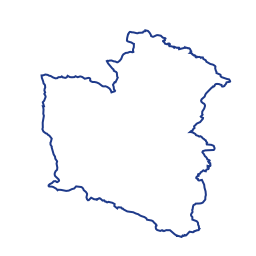 Ankazoabo, Atsimo-Andrefana, Madagascar (Equal Earth projection), rotated 279°
{"feature_id": "10022922B67140219559440", "entity_name": "Ankazoabo", "entity_type": "district", "adm_level": 2, "iso_a3": "MDG", "parent_name": "Madagascar", "parent_adm1": "Atsimo-Andrefana", "projection": "equal_earth", "projection_center": [44.688, -22.132], "detail": "fine", "context": "isolated", "style": "outline", "palette": "blue", "viewbox_px": 256, "rotation_deg": 279, "n_neighbors": 0, "source": "geoboundaries", "source_scale": "gbopen_adm2", "svg_char_len": 5865}
<svg xmlns="http://www.w3.org/2000/svg" viewBox="0 0 256 256"><g transform="rotate(279 128 128)"><path d="M220.7,113.4L216.7,113.1L214.5,113.2L213.8,113.6L213.4,114.7L213.0,118.0L212.1,119.9L212.0,120.7L208.6,121.1L206.7,120.7L205.3,120.8L204.4,121.3L203.9,121.4L203.5,120.5L203.6,118.7L203.4,117.7L202.3,116.0L201.8,114.0L200.0,111.9L198.6,111.2L195.2,110.5L193.0,109.2L191.3,107.5L191.2,106.7L191.7,105.0L191.6,103.6L192.1,101.2L191.7,99.3L191.1,98.0L191.2,97.1L190.8,96.6L188.7,98.2L184.4,103.1L183.5,104.6L182.3,105.0L181.5,107.5L180.8,108.3L177.0,109.3L176.2,110.0L171.2,108.5L171.2,107.6L168.3,106.4L166.5,107.4L164.2,108.0L162.7,109.4L162.2,109.2L160.6,106.1L162.5,105.1L164.2,103.5L164.7,102.2L165.2,101.5L165.7,99.2L165.3,97.7L165.3,96.3L167.5,92.2L168.1,89.9L168.2,87.9L167.9,85.8L168.2,84.4L168.9,83.2L170.6,83.0L171.0,82.7L171.3,82.0L171.3,81.0L169.9,77.6L171.2,74.9L171.5,73.1L171.4,72.5L170.3,70.4L170.9,68.0L169.9,67.1L169.3,64.6L169.2,62.6L170.1,60.2L168.7,59.7L167.8,58.6L167.7,57.1L167.9,56.1L167.8,55.6L168.6,54.5L167.7,53.6L167.3,51.3L166.2,50.4L165.7,48.6L166.2,46.1L167.3,43.4L167.3,42.0L167.9,40.4L167.9,38.0L166.8,36.1L166.4,34.4L164.0,35.1L160.8,36.9L158.7,37.7L157.9,38.9L157.0,39.4L155.1,39.9L153.5,39.5L151.8,39.6L150.2,40.6L148.6,40.0L147.2,41.2L145.9,41.8L141.8,40.9L140.1,39.8L136.4,41.6L136.2,40.5L135.3,41.0L133.0,41.7L128.8,42.1L126.9,43.0L120.0,42.9L115.0,43.8L113.5,43.6L111.3,45.0L109.9,47.6L109.7,48.9L108.7,50.1L108.2,51.5L105.6,54.3L102.3,54.0L101.4,53.7L99.4,54.1L97.7,55.6L97.0,55.6L90.3,58.7L88.3,60.4L86.3,61.0L84.0,63.2L81.6,63.0L77.9,64.4L75.7,64.5L73.9,63.2L71.8,62.7L70.3,62.9L69.1,63.6L66.5,67.4L65.5,68.1L64.8,68.0L63.5,66.7L63.5,66.0L64.2,64.8L63.7,62.9L61.9,61.7L60.2,59.4L59.1,58.6L58.4,58.6L57.9,59.2L58.2,62.1L58.0,63.5L56.8,66.6L55.5,68.2L56.1,68.8L56.4,71.4L56.2,76.8L56.9,79.3L58.9,82.2L59.8,84.3L62.2,85.9L62.4,91.1L61.9,92.3L60.9,93.3L59.7,94.0L58.3,96.4L56.8,97.8L55.8,98.0L53.1,97.8L51.4,98.6L50.4,99.7L50.6,100.5L53.4,102.5L52.3,105.8L52.5,106.7L52.2,108.3L52.4,108.7L53.1,108.7L53.5,110.1L54.1,110.4L54.2,110.8L54.0,111.7L52.4,114.1L52.3,114.6L52.7,115.2L52.8,115.9L51.7,117.0L51.8,118.1L51.3,118.8L51.4,119.4L52.0,120.2L51.7,124.2L50.8,126.7L48.8,126.7L46.9,130.0L47.9,130.4L48.2,130.9L48.4,133.8L47.7,134.3L47.7,134.7L47.4,135.0L47.5,135.7L46.9,136.3L45.5,140.3L45.6,146.4L44.8,149.0L44.4,151.8L43.7,153.0L43.1,155.0L42.6,158.2L41.6,160.3L40.4,161.1L40.3,165.8L39.9,167.1L38.6,168.6L37.3,170.6L36.5,170.9L36.4,171.4L36.0,171.5L35.3,170.9L34.7,170.8L32.8,171.4L31.8,172.8L31.4,176.0L32.4,177.6L31.9,178.4L32.1,179.0L31.8,179.6L33.1,181.8L33.6,185.5L30.3,190.8L29.7,192.2L29.5,193.3L29.0,193.3L29.1,194.0L29.3,194.2L28.8,198.0L30.3,198.7L30.0,199.6L30.5,200.6L31.2,200.6L31.2,201.1L30.8,201.6L31.1,202.3L35.2,205.0L35.2,208.5L36.1,209.6L36.5,209.6L37.0,211.0L37.5,211.5L38.2,213.7L39.8,214.4L40.1,213.8L42.2,213.3L43.4,212.4L45.2,212.0L46.4,210.9L46.8,210.0L47.6,205.9L50.1,205.5L51.3,204.1L52.3,203.8L53.7,204.1L54.7,204.8L55.4,204.8L57.1,204.2L57.7,204.5L60.7,204.5L62.1,204.8L63.1,206.2L63.9,206.7L64.7,210.8L65.2,212.2L66.0,213.5L69.4,215.5L72.1,215.2L74.0,215.4L77.6,214.5L81.0,212.9L83.9,212.1L88.3,209.1L87.3,206.6L87.3,205.8L87.7,205.3L88.7,205.0L88.8,203.8L89.3,203.2L89.8,203.2L90.7,203.5L91.9,205.3L92.4,205.1L92.7,204.5L93.3,204.5L94.3,206.4L95.6,206.7L96.9,208.3L97.6,208.6L98.0,209.3L97.4,210.6L97.4,211.6L98.3,211.6L99.3,212.1L100.0,213.8L101.1,214.1L101.8,212.7L103.1,212.5L103.0,214.3L103.4,215.2L103.8,215.3L104.5,215.2L104.9,214.8L106.0,214.8L106.7,213.9L106.4,213.3L107.2,212.7L107.4,213.3L108.7,213.7L109.0,213.1L109.4,211.2L110.2,210.9L111.4,209.8L112.2,208.4L114.1,207.0L115.6,205.3L116.1,205.3L116.9,205.6L118.0,207.9L119.7,216.1L120.5,216.6L121.6,216.7L123.8,215.4L124.4,212.9L124.1,208.4L124.7,208.1L126.0,208.4L126.9,207.2L127.9,206.8L128.5,205.3L128.9,205.0L129.5,203.5L130.8,202.0L131.2,200.6L130.8,200.2L130.7,199.6L131.2,198.6L131.6,196.3L132.6,195.5L133.6,193.0L133.9,190.9L133.7,189.9L134.9,190.9L135.7,192.2L137.0,192.5L138.4,193.7L140.0,193.0L140.6,193.4L141.4,194.2L142.1,194.5L143.3,195.5L145.1,198.3L148.8,200.5L149.7,200.5L150.1,198.8L150.7,198.1L152.8,199.6L153.6,199.0L155.9,198.8L159.1,200.2L161.5,200.6L162.5,200.5L163.8,199.5L164.4,197.9L165.5,196.3L166.6,195.9L168.0,196.3L171.0,198.8L173.2,199.2L174.5,199.8L181.2,204.5L181.5,205.3L182.4,205.5L182.7,206.7L184.4,207.2L185.0,207.7L185.5,209.0L185.6,211.1L185.2,212.7L185.2,213.6L184.3,213.9L183.7,214.5L183.9,215.6L184.5,216.6L184.9,216.6L186.8,217.8L188.5,218.2L189.5,221.2L189.9,221.6L190.3,221.5L191.8,220.3L191.9,218.1L192.9,212.4L193.6,211.4L194.8,211.2L195.2,210.6L196.1,206.8L197.5,206.5L198.3,205.8L200.8,204.7L202.2,204.8L202.7,204.5L203.6,202.8L203.9,201.8L204.1,199.3L205.5,195.7L205.6,195.2L207.1,194.1L208.0,191.6L209.4,190.9L209.2,189.4L208.7,189.0L209.2,188.3L209.4,187.3L209.1,186.2L209.3,184.4L208.5,184.6L208.4,184.2L208.8,183.6L209.6,183.5L210.1,182.9L210.3,182.3L209.9,181.9L210.8,180.0L211.2,180.0L211.5,179.6L211.8,178.9L211.8,177.6L212.6,178.4L213.2,178.0L213.5,178.2L213.6,177.8L214.3,177.9L215.8,176.8L216.3,176.0L216.1,174.9L216.4,174.6L216.3,173.8L216.5,173.3L216.1,172.1L216.7,171.5L215.8,170.8L213.8,166.1L214.2,165.9L214.6,166.5L215.3,165.9L215.1,164.3L214.8,163.9L215.4,161.3L214.7,161.4L214.4,161.1L215.3,159.7L215.5,157.5L215.3,156.1L216.1,155.6L216.9,155.7L217.3,156.2L217.7,156.0L217.9,155.5L217.7,154.4L216.8,153.6L217.0,151.8L217.1,151.3L218.2,150.6L219.1,149.1L219.6,149.1L220.4,150.7L221.6,150.3L222.2,151.0L222.5,150.8L222.7,148.2L224.3,146.0L224.4,142.8L224.1,141.7L222.1,138.8L222.0,138.0L222.5,136.4L223.7,135.9L225.7,134.2L227.0,132.5L227.2,129.8L226.3,129.8L225.7,128.2L224.5,127.6L223.7,123.6L223.1,122.8L223.0,121.7L223.3,118.5L223.1,116.7L223.3,115.9L223.2,114.8L222.1,114.0L221.0,113.8L220.7,113.4Z" fill="none" stroke="#1e3a8a" stroke-width="2"/></g></svg>